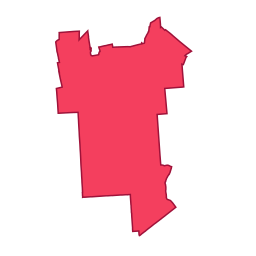 Marzanesti, Teleorman, Romania, rotated 86°
{"feature_id": "2599482B49744648639079", "entity_name": "Marzanesti", "entity_type": "district", "adm_level": 2, "iso_a3": "ROU", "parent_name": "Romania", "parent_adm1": "Teleorman", "projection": "mercator", "projection_center": [25.534, 43.939], "detail": "fine", "context": "isolated", "style": "filled", "palette": "rose", "viewbox_px": 256, "rotation_deg": 86, "n_neighbors": 0, "source": "geoboundaries", "source_scale": "gbopen_adm2", "svg_char_len": 5281}
<svg xmlns="http://www.w3.org/2000/svg" viewBox="0 0 256 256"><g transform="rotate(86 128 128)"><path d="M236.1,124.3L236.0,124.1L236.1,123.9L235.7,123.3L235.6,123.0L235.4,122.8L235.2,122.6L235.0,122.3L234.7,121.9L233.9,120.8L233.5,120.0L232.8,119.1L232.4,118.4L232.2,118.1L232.1,117.9L232.0,117.7L231.7,117.4L231.2,116.8L230.7,116.0L230.3,115.4L229.8,114.8L229.2,113.8L228.6,112.9L228.2,112.3L227.6,111.4L226.9,110.4L226.7,110.1L225.9,109.0L225.4,108.2L224.9,107.4L224.5,106.7L224.0,106.0L223.6,105.4L223.4,105.1L222.9,104.3L222.5,103.7L221.4,102.1L221.0,101.4L220.4,100.6L219.4,99.1L219.0,98.5L218.5,97.7L217.5,96.3L210.4,85.8L205.8,88.7L203.3,90.7L202.3,92.9L202.1,93.5L201.8,93.9L201.7,94.0L201.3,94.3L200.8,94.4L200.3,94.5L200.2,94.6L199.8,94.6L199.1,94.5L198.5,94.5L197.9,94.5L197.3,94.5L196.8,94.5L196.2,94.6L195.5,94.7L195.2,94.7L194.5,94.8L194.0,94.8L193.5,94.8L193.2,94.8L192.6,94.7L192.4,94.6L192.1,94.6L191.8,94.5L191.7,94.5L191.1,94.5L190.5,94.4L190.1,94.4L189.8,94.4L189.5,94.4L189.1,94.4L188.5,94.4L188.0,94.5L187.6,94.5L187.4,94.5L187.1,94.5L186.8,94.6L186.2,94.8L185.9,94.8L185.7,94.9L185.4,94.8L185.0,94.8L184.8,94.8L184.8,94.7L184.5,94.5L184.2,94.3L183.7,94.1L183.3,94.0L182.9,93.9L182.5,93.7L182.1,93.5L181.8,93.4L181.6,93.3L181.2,93.2L180.9,93.0L180.6,92.8L180.2,92.5L179.9,92.3L179.5,92.1L179.2,92.0L179.0,91.9L178.9,91.7L178.6,91.5L178.2,91.2L177.9,90.9L177.6,90.7L177.4,90.5L177.2,90.5L177.2,90.4L177.1,90.2L176.9,90.0L176.7,89.9L176.4,89.8L176.0,89.6L175.6,89.4L175.4,89.3L175.0,89.1L174.9,89.0L174.6,88.9L174.4,88.9L174.2,88.8L174.0,88.7L173.8,88.7L173.7,88.7L173.4,88.5L173.2,88.4L172.9,88.3L172.5,88.1L172.4,88.1L172.2,88.0L171.8,87.9L171.6,87.8L171.5,87.7L171.3,87.7L171.2,87.6L169.6,87.2L169.4,88.0L168.1,90.1L167.8,91.5L168.2,94.5L167.5,95.7L167.1,97.9L157.1,98.0L116.5,98.0L116.4,88.1L91.1,88.6L91.0,71.1L90.9,69.5L74.8,69.7L69.6,69.7L68.1,69.8L68.6,68.4L62.8,65.7L61.9,65.4L60.8,64.4L59.9,66.2L59.4,65.7L58.5,64.5L57.7,62.8L55.8,59.3L45.5,70.3L38.3,77.6L38.2,77.6L36.2,79.7L32.6,83.7L33.1,84.4L29.4,87.8L29.9,88.5L26.8,88.4L19.9,88.5L20.1,89.8L20.8,91.5L22.5,93.7L24.7,98.1L26.4,98.6L28.6,99.2L28.6,99.8L29.9,100.0L31.1,100.2L32.5,100.5L33.4,100.7L33.4,101.0L33.5,101.1L33.9,101.2L34.2,101.3L36.2,102.6L36.5,102.9L37.1,103.2L37.8,103.6L38.8,104.2L39.9,104.9L40.1,105.0L40.6,105.0L42.4,105.3L43.1,105.5L43.6,105.5L44.0,105.6L44.4,105.7L44.5,105.8L44.6,106.0L44.7,106.9L44.9,107.8L44.7,107.9L44.4,108.1L44.1,108.3L43.9,108.4L44.0,108.5L44.3,108.5L44.7,108.4L44.9,108.3L45.0,108.4L45.0,108.5L45.1,109.0L45.3,110.5L45.5,111.8L46.1,115.0L46.4,116.7L46.6,117.6L46.9,119.3L47.1,120.0L46.8,122.9L46.6,128.7L46.5,131.8L46.4,134.7L46.4,137.5L43.2,137.9L43.5,139.6L43.8,142.1L44.2,144.0L44.4,146.2L44.6,147.4L45.0,149.6L45.1,150.1L45.2,151.5L45.8,151.4L48.1,150.8L48.8,150.6L49.4,150.6L49.7,150.6L49.8,150.6L49.9,150.9L49.9,151.1L50.0,151.2L51.5,151.9L52.5,152.0L52.8,152.2L52.9,152.5L53.2,155.0L53.5,158.2L53.6,158.6L53.3,159.1L53.2,159.6L52.8,159.8L51.8,160.1L51.7,160.2L50.5,160.2L49.6,160.2L49.4,160.0L48.9,159.6L48.6,159.4L47.6,159.4L47.6,159.8L47.1,159.8L47.1,160.3L46.6,160.3L46.6,160.2L46.2,160.2L46.2,159.7L46.1,159.3L46.1,159.2L45.8,159.2L45.7,159.2L45.6,159.3L45.3,159.5L45.0,159.7L44.8,160.0L44.7,160.4L44.2,160.3L41.8,160.5L38.5,160.8L35.9,161.0L34.8,161.1L34.3,161.0L31.3,161.2L29.1,161.4L28.3,161.4L29.9,163.2L31.5,165.0L33.0,166.6L36.4,170.4L36.6,170.6L34.0,170.3L30.8,170.1L28.0,169.8L27.9,174.9L28.0,190.0L28.6,190.0L30.9,190.2L33.7,190.4L34.9,190.5L35.0,190.9L35.3,191.7L35.8,192.6L36.7,193.7L37.2,194.1L40.1,193.9L44.5,193.6L46.8,193.5L48.5,193.1L51.0,192.8L52.7,192.5L53.6,192.5L57.8,191.8L58.0,193.8L60.8,193.5L65.0,193.0L67.4,192.7L67.2,193.0L74.2,192.1L82.4,190.8L82.6,190.8L83.6,196.7L87.2,196.6L93.0,196.6L98.3,196.5L108.4,196.6L108.5,191.5L108.6,185.4L108.7,181.3L108.9,176.7L113.6,176.8L116.1,176.8L119.7,176.9L129.1,177.0L132.7,177.1L136.1,177.1L140.8,177.1L146.2,177.2L149.4,177.2L154.5,177.3L158.0,177.4L161.8,177.5L166.7,177.5L167.9,177.5L169.0,177.5L172.8,177.6L176.5,177.6L179.0,177.7L180.6,177.7L184.1,177.7L187.8,177.8L188.9,177.8L189.0,178.0L189.6,178.0L190.6,178.0L192.0,178.1L193.0,178.0L194.0,178.1L193.9,177.6L193.9,177.1L194.0,175.6L194.0,174.1L194.0,173.0L194.0,171.5L194.0,170.0L194.1,169.0L194.1,167.9L194.1,166.2L194.1,165.8L194.1,163.6L194.1,162.4L194.1,161.0L194.1,159.1L194.1,157.0L194.1,155.8L194.1,155.3L194.1,154.5L194.2,153.3L194.2,152.4L194.2,151.2L194.2,150.4L194.2,149.4L194.3,148.5L194.3,147.6L194.3,145.4L194.3,144.6L194.3,143.5L194.3,142.3L194.3,141.4L194.3,139.7L194.4,138.3L194.4,137.5L194.4,136.4L194.4,134.5L194.5,133.7L194.6,133.4L194.5,133.2L194.5,131.0L194.5,130.3L196.8,130.4L198.3,130.4L200.3,130.4L201.8,130.4L202.5,130.4L203.9,130.4L205.0,130.4L205.8,130.3L206.9,130.4L208.1,130.4L210.9,130.4L212.1,130.5L213.2,130.4L213.3,130.3L215.8,130.4L216.5,130.4L217.6,130.4L218.3,130.4L219.3,130.4L220.3,130.4L221.0,130.4L221.8,130.4L222.3,130.4L223.4,130.4L225.0,130.4L225.6,130.4L226.0,130.4L226.5,130.4L227.1,130.4L227.6,130.4L228.1,130.4L229.0,130.5L229.8,130.5L230.8,130.5L231.3,130.5L231.5,130.5L231.5,128.9L231.5,126.9L231.5,126.0L231.5,124.8L231.5,124.4L232.2,124.4L234.4,124.4L235.3,124.4L236.0,124.4L236.0,124.5L236.1,124.3Z" fill="#f43f5e" stroke="#9f1239" stroke-width="1.5"/></g></svg>